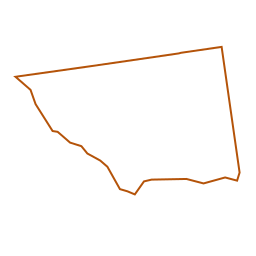 Fountain, Indiana, United States of America (orthographic projection), rotated 262°
{"feature_id": "52423323B15325953487278", "entity_name": "Fountain", "entity_type": "district", "adm_level": 2, "iso_a3": "USA", "parent_name": "United States of America", "parent_adm1": "Indiana", "projection": "orthographic", "projection_center": [-87.288, 40.16], "detail": "fine", "context": "isolated", "style": "outline", "palette": "amber", "viewbox_px": 256, "rotation_deg": 262, "n_neighbors": 0, "source": "geoboundaries", "source_scale": "gbopen_adm2", "svg_char_len": 457}
<svg xmlns="http://www.w3.org/2000/svg" viewBox="0 0 256 256"><g transform="rotate(262 128 128)"><path d="M194.4,100.1L194.4,23.7L179.3,36.8L164.5,39.8L135.5,52.9L134.0,57.8L121.6,68.6L116.5,79.3L108.4,84.2L99.6,96.0L92.5,102.2L68.6,111.5L65.4,118.6L61.3,125.5L72.9,136.4L73.6,144.2L69.4,178.8L62.6,195.1L65.5,217.3L60.7,228.7L68.3,232.3L107.5,232.2L195.3,232.0L195.1,190.9L194.8,188.7L194.4,100.1Z" fill="none" stroke="#b45309" stroke-width="2"/></g></svg>